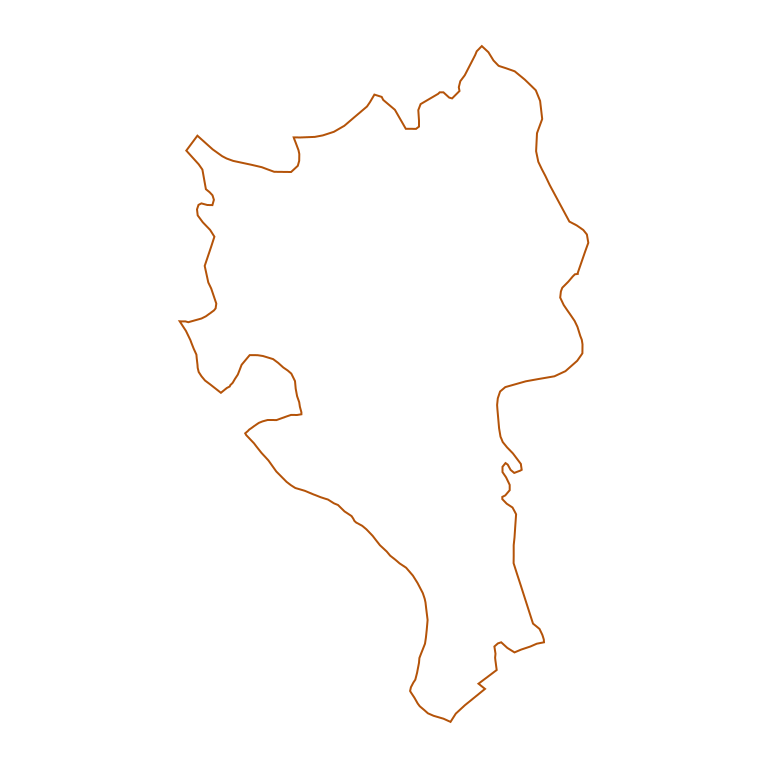 Disuq, Kafr ash Shaykh, Egypt
{"feature_id": "37247803B5020556280365", "entity_name": "Disuq", "entity_type": "district", "adm_level": 2, "iso_a3": "EGY", "parent_name": "Egypt", "parent_adm1": "Kafr ash Shaykh", "projection": "robinson", "projection_center": [30.711, 31.149], "detail": "fine", "context": "isolated", "style": "outline", "palette": "amber", "viewbox_px": 768, "rotation_deg": 0, "n_neighbors": 0, "source": "geoboundaries", "source_scale": "gbopen_adm2", "svg_char_len": 4062}
<svg xmlns="http://www.w3.org/2000/svg" viewBox="0 0 768 768"><path d="M544.0,642.3L543.8,639.5L543.1,637.2L542.4,635.0L541.7,633.5L539.5,628.9L533.0,623.6L520.5,584.6L517.1,574.2L513.6,563.2L513.7,555.7L513.7,545.1L514.5,537.6L515.3,525.6L516.1,514.3L515.0,512.1L512.5,507.5L506.7,503.7L502.3,499.1L502.3,496.9L505.3,495.4L509.7,490.2L509.7,484.9L506.1,477.4L502.5,472.1L502.5,467.7L502.5,466.8L505.5,463.1L507.7,464.6L510.6,469.9L514.2,472.9L520.1,470.7L521.0,470.2L521.7,469.8L521.0,465.2L520.9,464.0L512.9,453.4L507.0,447.3L502.7,442.0L501.6,439.2L500.5,436.7L499.1,428.4L497.4,409.2L497.1,405.0L497.8,398.3L500.1,391.5L505.3,387.1L515.2,384.3L525.8,381.3L537.5,379.2L554.4,376.3L563.4,372.1L565.4,371.2L577.2,360.8L581.2,355.1L582.4,353.3L582.5,344.3L581.8,339.8L580.3,336.0L577.5,327.0L577.2,326.3L574.6,320.9L571.0,315.6L567.3,310.3L563.7,305.0L560.2,297.6L560.9,291.4L562.3,287.7L568.3,281.7L572.7,276.5L574.9,274.3L577.8,273.9L577.8,272.8L585.3,251.1L588.3,242.8L586.9,234.5L583.3,230.0L576.7,225.4L569.4,221.6L569.0,220.9L557.8,200.1L550.6,186.7L549.5,184.6L545.5,176.2L541.9,169.3L538.3,161.8L536.1,151.2L537.0,133.2L538.2,129.9L542.2,119.0L540.1,100.9L535.8,90.3L535.1,89.6L524.9,79.7L514.7,71.3L505.9,68.2L499.4,66.1L498.6,65.8L493.5,60.5L488.4,52.2L481.8,46.1L481.0,46.9L476.7,51.3L475.2,55.0L464.8,75.2L460.3,81.2L458.8,87.2L459.5,91.0L452.1,98.4L449.2,97.6L443.4,92.3L439.7,92.3L438.2,93.8L420.6,104.1L418.3,110.1L419.0,120.6L419.0,126.6L416.0,128.9L411.0,128.8L405.8,128.8L394.9,109.8L383.2,99.9L381.7,96.9L374.4,94.6L370.0,102.1L367.0,106.5L354.6,117.0L344.2,125.9L342.9,126.6L333.9,131.8L322.8,135.4L314.8,136.9L299.4,137.5L297.3,137.4L293.7,137.4L294.2,138.9L295.7,142.7L298.5,150.2L299.3,154.0L299.2,160.8L297.8,165.8L291.1,172.0L274.2,171.8L267.1,169.2L261.8,167.2L251.5,164.8L233.2,160.9L226.6,158.5L222.2,156.2L212.7,149.4L197.4,135.7L190.1,145.5L186.3,150.6L198.7,164.3L202.4,169.6L205.9,189.2L209.6,192.2L212.5,195.3L213.9,199.8L212.4,205.1L207.3,205.0L201.4,203.4L198.5,204.9L197.0,209.4L197.7,215.4L202.8,222.3L210.1,229.9L213.2,234.8L214.4,236.7L211.2,246.6L204.7,265.9L208.3,282.5L211.2,288.5L216.3,303.6L215.6,308.4L214.0,310.4L205.9,316.3L201.5,318.5L188.3,322.2L185.4,321.4L181.7,321.4L179.7,321.3L184.5,328.7L185.9,330.8L190.2,339.7L190.3,339.9L190.4,340.1L191.3,342.6L192.4,345.4L193.7,348.7L196.4,354.6L196.7,358.0L197.5,365.0L197.6,366.7L197.7,367.9L198.7,372.0L201.5,376.3L205.0,380.5L207.8,382.6L210.2,384.4L220.9,392.8L226.8,388.0L229.7,386.5L230.4,385.0L231.2,384.3L232.7,382.8L234.9,379.0L237.8,374.6L239.3,370.8L241.6,364.8L245.6,360.0L249.7,355.1L253.3,355.1L257.7,355.2L262.9,356.0L273.1,359.1L278.2,362.9L283.3,367.5L287.7,370.5L291.3,373.6L292.3,375.6L295.0,381.1L295.7,388.7L297.1,396.2L299.2,402.2L299.9,406.8L301.4,412.3L301.4,414.3L297.0,415.0L291.1,414.9L286.7,416.4L276.4,420.1L272.7,420.0L267.6,420.0L262.5,421.4L258.8,422.9L254.4,425.9L251.4,428.1L249.2,429.6L247.8,431.1L245.2,433.3L246.2,435.1L254.0,443.3L256.5,446.6L261.4,452.8L268.4,460.4L276.3,471.5L286.6,481.9L290.9,485.2L295.3,488.0L300.8,489.6L304.8,490.8L313.9,494.6L314.8,494.9L320.6,497.2L325.5,498.8L327.9,499.5L333.9,503.3L334.8,503.7L338.0,505.0L344.5,511.4L347.4,513.3L351.6,516.1L351.7,516.4L351.9,516.6L353.3,518.7L354.4,520.9L355.6,522.0L356.1,522.5L362.2,525.8L366.4,529.3L372.7,535.9L375.7,539.8L380.0,545.3L386.7,551.5L390.2,555.7L395.2,559.6L397.2,561.3L399.6,563.4L406.1,567.7L412.9,575.6L417.6,583.1L422.8,593.1L423.5,595.2L424.7,598.8L425.5,602.5L426.1,607.8L427.6,620.0L426.7,630.2L425.9,637.7L425.0,643.7L422.8,649.3L421.2,653.3L419.4,658.0L419.0,662.8L417.6,670.0L417.1,672.7L415.3,679.7L413.4,682.5L410.9,687.3L410.1,691.0L410.9,692.4L414.4,697.7L417.7,703.5L419.8,706.3L424.2,710.0L427.9,713.3L433.6,715.8L443.5,718.7L450.5,721.9L455.8,713.6L460.9,708.9L464.8,705.3L485.0,688.9L478.5,683.7L496.7,670.0L496.1,665.7L495.8,663.3L495.4,660.4L495.1,657.7L495.5,653.8L494.4,646.5L497.9,643.4L501.2,642.3L507.3,647.9L514.5,652.4L521.1,649.6L530.4,646.5L536.8,643.7L544.0,642.3Z" fill="none" stroke="#b45309" stroke-width="2"/></svg>